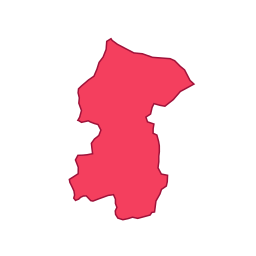 outline of Falkenberg, Halland, Sweden, rotated 156°
{"feature_id": "70781695B60260564619256", "entity_name": "Falkenberg", "entity_type": "district", "adm_level": 2, "iso_a3": "SWE", "parent_name": "Sweden", "parent_adm1": "Halland", "projection": "albers", "projection_center": [12.796, 57.048], "detail": "fine", "context": "isolated", "style": "filled", "palette": "rose", "viewbox_px": 256, "rotation_deg": 156, "n_neighbors": 0, "source": "geoboundaries", "source_scale": "gbopen_adm2", "svg_char_len": 1417}
<svg xmlns="http://www.w3.org/2000/svg" viewBox="0 0 256 256"><g transform="rotate(156 128 128)"><path d="M49.9,141.3L52.0,146.2L52.7,158.1L55.2,163.1L58.0,170.5L61.3,174.2L69.1,178.4L76.9,182.6L84.7,190.0L92.1,194.2L98.7,202.5L103.6,208.7L106.9,214.5L107.2,216.5L112.2,215.8L116.0,208.7L121.9,202.9L127.7,199.7L132.4,194.4L138.0,189.2L144.4,188.0L153.5,185.3L157.3,183.9L159.3,180.4L160.2,175.4L162.8,170.7L163.4,162.9L167.7,157.6L170.7,155.4L170.0,154.8L168.2,152.1L161.3,150.7L160.0,148.9L156.8,145.7L154.0,143.4L153.6,137.1L157.7,133.0L163.1,131.6L167.7,128.9L169.0,124.8L170.8,118.9L176.3,120.2L180.4,121.6L184.9,123.4L189.0,120.2L189.4,112.4L192.1,106.5L197.6,105.6L202.5,104.9L203.2,102.0L203.0,96.4L203.0,92.3L204.1,88.4L206.1,86.0L205.4,83.2L204.7,83.2L202.0,83.1L199.4,84.0L196.3,84.0L193.7,82.9L191.6,76.8L189.7,75.5L183.6,75.2L173.6,74.5L168.4,73.0L168.4,68.2L170.2,64.1L170.4,60.0L173.4,57.4L174.5,54.1L173.9,49.8L170.0,46.3L164.8,45.2L160.2,44.7L155.9,41.5L148.4,40.3L143.3,39.5L143.2,39.5L140.6,41.2L137.9,40.5L132.2,49.9L125.6,54.8L122.4,58.3L116.6,59.4L114.0,62.9L111.1,68.7L116.3,72.4L116.8,79.4L113.6,84.6L111.3,89.8L109.0,93.6L106.6,99.1L105.5,103.4L104.5,109.8L107.2,113.0L105.4,117.0L102.7,121.1L107.7,125.7L107.2,130.7L101.7,131.6L97.6,137.0L94.4,139.7L89.4,135.6L85.4,132.9L74.9,135.6L72.2,136.9L65.3,140.1L54.8,140.9L49.9,141.3Z" fill="#f43f5e" stroke="#9f1239" stroke-width="1.5"/></g></svg>